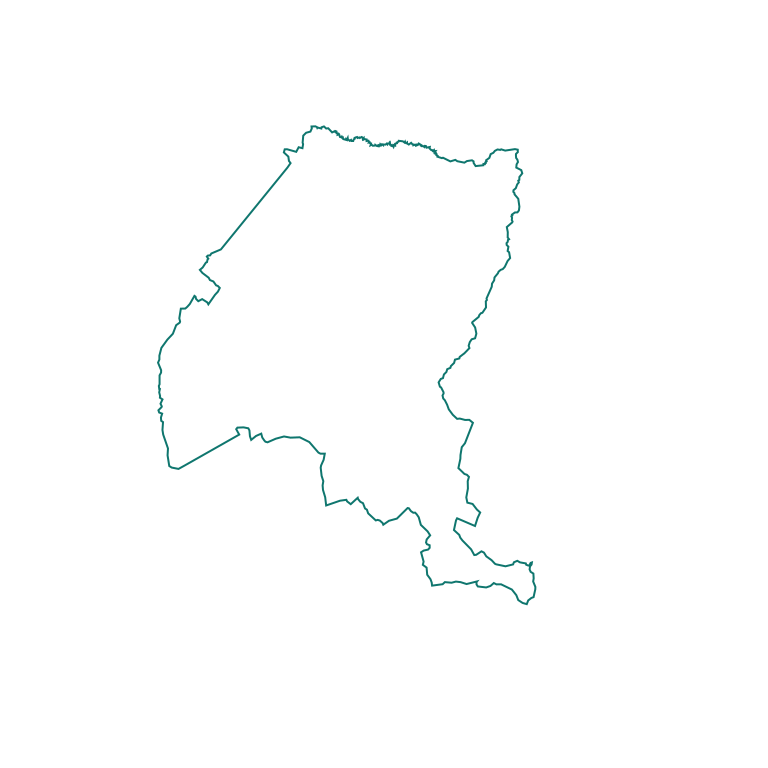 outline of Mampong Municipal, Ashanti, Ghana, rotated 332°
{"feature_id": "2480657B66784074859314", "entity_name": "Mampong Municipal", "entity_type": "district", "adm_level": 2, "iso_a3": "GHA", "parent_name": "Ghana", "parent_adm1": "Ashanti", "projection": "albers", "projection_center": [-1.392, 7.114], "detail": "fine", "context": "isolated", "style": "outline", "palette": "teal", "viewbox_px": 768, "rotation_deg": 332, "n_neighbors": 0, "source": "geoboundaries", "source_scale": "gbopen_adm2", "svg_char_len": 6154}
<svg xmlns="http://www.w3.org/2000/svg" viewBox="0 0 768 768"><g transform="rotate(332 384 384)"><path d="M406.7,645.4L409.7,642.8L413.7,642.1L416.0,642.4L421.2,636.3L422.4,634.2L423.0,628.4L424.9,625.9L426.9,621.5L425.3,618.7L425.5,616.1L427.3,613.6L429.5,612.7L430.8,611.0L429.5,610.8L427.1,612.4L426.2,612.1L424.7,610.3L425.0,609.0L420.3,605.3L418.7,602.7L415.0,602.4L413.3,603.9L405.7,602.0L398.4,595.9L397.6,594.9L396.3,590.1L393.4,584.2L393.1,579.8L391.5,577.5L385.2,578.1L383.4,577.4L383.3,570.9L379.8,559.0L379.2,555.4L379.6,552.6L377.2,545.8L383.5,538.3L385.5,536.9L397.7,552.1L403.9,546.1L408.6,542.6L407.1,538.5L405.9,531.5L401.9,527.9L403.4,522.8L409.0,515.7L412.3,509.1L415.4,505.9L414.6,503.1L412.8,501.2L410.2,493.2L416.3,485.9L418.2,482.6L423.0,476.3L427.7,474.3L444.3,460.0L442.5,455.7L438.7,453.8L434.7,450.1L432.2,449.1L430.3,443.5L429.3,436.8L430.0,431.9L430.1,426.9L429.5,424.6L430.3,421.6L432.1,420.4L432.7,419.2L432.8,413.9L432.1,412.6L433.0,408.2L436.5,406.2L438.8,406.5L441.4,403.7L444.7,402.7L446.8,400.6L450.2,400.9L451.4,399.6L455.8,398.3L458.1,395.8L462.5,396.8L463.6,395.6L469.5,394.6L476.3,392.4L476.7,390.0L479.4,387.3L482.4,385.7L485.9,386.4L489.2,382.9L491.0,376.9L490.5,371.4L491.2,370.8L499.1,369.2L500.5,367.9L502.8,367.0L504.3,367.3L510.0,364.3L512.7,358.8L514.3,358.1L514.7,356.6L524.8,348.7L526.5,346.1L529.9,344.2L531.6,341.8L536.6,339.7L537.9,338.6L540.6,338.0L542.8,338.3L545.6,337.3L550.9,333.4L554.5,332.0L556.3,326.4L555.6,324.6L558.3,321.2L557.6,318.8L558.3,317.2L559.9,316.6L561.1,315.0L562.4,314.9L562.0,312.7L564.6,308.0L566.1,303.1L573.1,301.5L573.8,300.9L573.8,299.2L575.1,297.4L575.2,295.7L576.4,295.5L576.5,294.5L580.1,294.0L582.4,295.1L584.6,294.1L586.8,291.0L589.5,283.5L588.3,277.9L588.8,276.7L588.4,275.1L589.3,273.7L592.3,273.0L595.3,270.3L597.7,269.3L598.0,267.5L599.3,267.3L600.7,264.8L605.0,262.9L605.6,259.6L602.4,255.0L604.2,252.3L606.5,250.9L607.1,248.5L606.8,246.4L608.0,243.7L608.6,242.8L611.0,242.1L612.1,239.9L609.9,238.1L600.6,234.8L597.6,231.8L596.6,231.9L594.3,230.2L591.3,230.2L589.1,231.2L586.1,231.1L583.2,233.8L579.2,234.4L579.1,235.6L578.1,235.6L577.7,236.6L576.8,236.4L576.3,237.2L575.1,236.4L574.4,237.5L567.2,234.6L566.9,230.9L567.6,229.5L566.7,227.8L561.9,226.1L558.9,226.3L553.3,221.7L552.2,219.6L547.1,218.6L542.3,211.9L541.2,211.8L537.9,208.4L538.5,207.8L537.7,206.5L538.3,205.8L537.4,204.7L538.2,204.7L538.4,203.7L537.5,202.8L538.6,202.4L537.9,202.1L538.0,201.1L536.8,201.8L536.5,201.3L537.2,200.8L535.5,199.5L534.8,197.3L535.7,196.2L532.5,195.3L532.7,193.5L531.8,192.9L530.9,193.7L530.3,192.4L528.9,191.7L528.5,190.9L529.1,190.6L527.5,187.9L526.6,188.3L526.4,189.6L526.3,188.8L524.2,188.6L524.6,187.6L522.1,187.0L522.5,186.4L521.6,185.7L521.2,183.8L518.3,184.2L517.3,182.4L517.7,181.6L516.6,181.8L516.1,181.1L516.3,180.0L515.5,180.5L514.6,178.6L511.2,176.2L510.7,176.8L508.7,176.8L508.5,177.5L506.6,177.1L505.8,178.7L505.0,177.8L503.8,179.0L503.8,177.3L502.8,177.7L502.2,177.1L502.5,176.2L501.9,175.5L502.4,174.1L501.7,174.5L501.8,173.8L501.3,174.2L499.7,173.1L499.3,173.8L499.0,173.1L497.6,173.3L495.6,172.0L495.3,172.6L494.7,171.4L493.6,171.9L493.3,170.7L492.5,171.7L491.9,171.3L491.1,171.8L490.1,171.0L490.7,170.4L489.3,170.2L488.6,168.8L488.2,169.3L486.0,168.4L485.4,166.9L484.2,166.9L485.5,165.5L484.6,164.5L484.8,163.8L483.9,163.6L484.5,163.0L484.5,161.9L482.7,161.3L483.5,160.0L481.8,158.6L480.9,158.6L481.5,157.4L480.3,157.8L480.8,156.3L480.2,155.4L478.1,155.4L477.9,154.7L476.2,154.4L476.2,153.3L474.9,153.0L473.6,152.9L473.3,153.7L472.1,153.8L470.9,155.0L469.4,154.2L469.5,153.0L467.9,153.2L467.0,150.8L467.4,149.8L466.6,150.4L465.9,149.8L465.6,151.1L463.0,148.6L463.4,146.9L462.7,146.9L462.8,145.8L462.1,146.1L461.1,145.2L461.6,142.5L460.1,142.2L461.0,141.2L459.9,140.4L460.6,138.7L459.8,137.8L459.1,138.3L458.8,137.6L456.3,137.5L454.8,132.0L452.9,131.3L451.9,128.4L449.4,128.0L448.6,129.0L445.8,126.4L445.3,126.6L445.4,125.7L444.4,124.3L440.9,122.6L440.2,124.5L437.5,126.6L433.2,125.6L429.3,126.8L425.4,132.8L425.2,134.2L422.7,137.5L419.8,134.9L415.5,137.8L408.6,131.2L406.5,130.2L404.3,132.5L406.3,138.3L404.8,142.4L405.2,145.1L400.3,147.6L303.2,188.6L292.8,187.7L290.9,188.8L288.7,187.9L287.4,188.3L287.7,190.9L286.7,191.2L284.9,193.3L283.7,193.2L278.6,196.0L275.0,196.8L275.8,200.7L279.1,207.9L279.1,210.5L281.5,213.4L282.1,218.1L283.3,219.4L284.1,222.1L280.7,224.5L276.7,225.9L266.3,231.2L266.3,229.0L263.3,223.7L258.9,223.7L258.0,220.6L258.6,218.4L258.0,217.2L250.1,222.2L246.5,223.5L244.0,224.1L240.0,222.1L234.1,229.9L233.3,233.1L232.5,233.9L228.1,234.5L221.2,240.5L213.6,243.1L204.4,247.6L199.0,253.5L197.2,256.9L194.5,259.1L193.7,267.2L192.5,269.3L189.9,271.0L185.7,278.9L184.3,280.0L183.2,283.0L183.7,283.3L181.6,285.8L180.7,289.4L179.7,290.9L181.2,293.6L177.4,296.5L177.3,299.4L176.7,300.0L172.5,301.3L172.1,303.6L174.2,306.0L171.3,308.9L170.0,311.9L171.0,313.9L166.8,320.6L165.3,325.0L163.0,339.5L159.4,345.4L155.9,355.6L157.3,358.1L162.7,362.5L169.0,362.4L232.4,360.7L232.3,354.5L234.1,353.7L239.7,356.4L243.4,359.4L243.4,361.8L241.1,367.2L240.5,371.0L246.6,369.8L252.3,370.2L251.4,374.1L251.8,377.7L252.2,379.3L253.8,380.8L262.8,381.5L271.1,383.4L276.3,387.5L284.6,391.5L290.8,400.2L293.9,413.8L295.2,415.7L299.0,417.7L295.1,422.6L290.2,426.4L288.8,428.2L285.8,435.8L284.8,441.3L282.2,444.7L280.4,448.9L278.9,456.4L275.9,464.1L290.4,466.4L296.4,468.6L296.3,470.3L298.2,474.5L307.4,472.1L307.1,473.5L307.8,476.9L309.5,479.4L308.8,485.0L309.9,486.9L309.3,490.8L312.7,500.6L314.6,501.0L316.2,502.6L317.5,506.1L317.3,507.9L324.2,507.1L332.2,508.9L346.6,504.6L347.6,505.4L348.1,508.9L349.4,511.4L351.1,512.2L351.7,514.4L352.1,518.0L350.4,525.7L353.3,534.6L353.7,539.3L348.7,541.3L346.7,543.7L346.7,545.6L348.6,547.8L347.4,550.1L345.2,550.9L340.8,549.7L337.7,550.0L335.6,559.4L333.4,561.9L335.4,566.1L332.6,572.7L333.4,578.2L332.9,581.7L331.8,584.6L341.8,588.3L344.7,587.5L350.4,591.2L354.7,592.2L358.6,594.9L363.0,599.4L373.5,602.0L372.6,602.4L371.6,604.4L371.8,606.8L378.7,611.6L383.2,612.3L387.5,611.3L389.2,613.7L393.3,615.8L400.4,625.5L401.7,632.6L401.1,637.8L403.6,642.4L406.7,645.4Z" fill="none" stroke="#0f766e" stroke-width="2"/></g></svg>